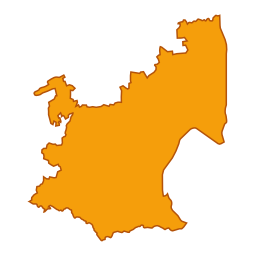 SVG path tracing the border of Mpumalanga
{"feature_id": "ZAF-1209", "entity_name": "Mpumalanga", "entity_type": "Province", "adm_level": 1, "iso_a3": "ZAF", "parent_name": "South Africa", "parent_adm1": "", "projection": "natural_earth1", "projection_center": [29.909, -25.737], "detail": "fine", "context": "isolated", "style": "filled", "palette": "amber", "viewbox_px": 256, "rotation_deg": 0, "n_neighbors": 0, "source": "natural_earth", "source_scale": "10m", "svg_char_len": 5716}
<svg xmlns="http://www.w3.org/2000/svg" viewBox="0 0 256 256"><path d="M220.3,28.1L225.1,39.7L226.4,44.6L226.7,49.5L226.3,53.8L226.3,104.9L225.4,108.0L225.2,109.6L225.1,111.7L225.3,113.6L225.8,115.0L226.1,116.3L226.6,120.3L226.6,121.6L226.4,122.5L226.0,122.9L225.5,123.2L224.8,123.9L224.4,124.7L222.1,131.1L221.8,132.8L222.0,134.7L224.1,142.0L221.0,143.7L219.5,144.1L218.0,143.6L196.5,128.4L195.2,127.9L193.6,128.0L191.8,128.5L190.3,129.3L180.3,139.0L179.6,140.3L178.8,143.7L175.9,151.1L172.3,158.0L163.6,169.9L162.4,174.7L162.5,190.2L163.1,194.6L163.4,196.1L164.3,196.0L165.2,195.8L166.1,195.3L166.9,194.6L167.5,193.8L168.7,197.5L169.4,198.7L170.9,200.4L171.4,201.3L171.7,202.6L171.7,204.2L171.1,206.7L171.3,208.2L172.5,210.4L177.9,215.7L180.4,219.8L181.2,220.7L182.0,221.3L186.6,223.0L183.6,227.1L181.7,228.8L179.3,228.8L172.7,230.8L171.3,230.5L170.0,229.5L169.4,228.5L168.6,228.0L166.6,228.5L165.5,229.3L165.0,229.5L164.2,229.1L163.0,228.2L161.0,227.2L160.7,227.1L159.9,226.6L159.4,226.3L157.5,225.7L156.0,225.8L154.4,226.3L153.3,226.9L152.5,227.8L151.4,228.0L147.6,227.4L144.5,227.8L143.7,227.4L143.4,226.8L143.4,225.7L143.2,225.5L142.9,225.3L142.0,225.1L141.6,225.1L141.2,225.2L140.1,226.3L139.8,226.5L138.6,226.4L138.2,226.5L136.7,227.2L135.9,227.4L135.0,228.0L133.3,229.4L130.1,230.9L129.7,231.3L129.3,232.2L128.1,232.3L124.1,231.1L123.3,231.6L122.3,232.4L121.7,232.5L118.9,231.8L118.1,231.4L117.4,231.4L115.2,232.0L114.0,232.3L113.2,232.9L112.7,233.9L112.4,234.9L111.9,236.1L111.4,236.9L111.0,237.4L110.5,237.6L109.1,237.0L107.9,236.6L107.1,236.6L106.1,236.9L105.5,237.2L105.2,237.7L105.1,238.0L105.1,239.3L104.9,239.5L104.7,239.6L103.7,239.6L103.2,239.8L102.7,240.3L102.2,240.6L101.5,240.6L100.9,240.1L97.0,234.9L96.8,234.3L96.8,233.9L97.1,233.3L97.0,233.0L95.7,232.0L94.0,230.0L94.0,229.7L94.0,228.9L93.9,228.6L93.6,228.3L93.1,227.6L92.6,225.5L91.8,224.3L89.6,222.9L88.8,222.8L87.2,223.5L86.5,223.4L86.2,223.2L86.0,222.8L86.0,222.4L86.2,221.6L86.1,221.4L85.4,221.0L84.3,220.8L83.4,219.9L81.8,219.2L80.7,218.3L80.1,217.5L79.6,217.3L77.9,217.0L76.7,217.0L76.0,217.2L75.1,218.0L74.8,218.0L74.4,217.8L73.8,216.9L73.3,215.9L72.6,213.9L71.7,212.8L71.6,212.4L71.7,211.7L71.5,211.0L71.5,210.1L71.3,209.9L70.8,209.9L70.3,209.7L68.0,208.0L67.0,207.9L66.3,207.9L65.8,208.2L65.3,208.8L64.4,209.0L63.9,209.3L62.9,210.7L62.4,211.0L61.9,211.0L61.3,210.3L60.8,210.1L59.7,210.6L59.2,210.7L58.6,210.4L58.0,209.8L57.2,209.6L56.6,209.3L52.5,206.4L50.2,205.4L48.7,206.3L48.5,206.9L49.0,206.8L49.4,207.1L50.3,208.0L50.5,208.6L49.6,208.8L48.5,208.8L47.8,208.9L47.1,209.3L44.7,211.7L44.0,211.9L44.4,210.4L44.8,209.6L44.6,209.1L43.2,208.4L42.9,207.7L42.3,207.1L41.8,206.3L41.5,206.1L41.1,205.9L40.5,205.9L39.8,206.3L39.2,207.0L38.7,207.2L38.3,207.1L37.5,206.2L37.2,205.6L37.0,204.5L36.7,204.2L36.1,204.0L34.9,203.9L33.8,204.0L32.9,203.8L30.1,202.1L29.7,201.6L29.3,201.5L31.8,199.9L31.6,199.0L31.8,197.4L32.8,196.4L33.5,195.3L34.9,194.3L37.3,192.9L36.3,190.1L36.9,186.6L39.6,186.1L40.3,184.9L40.9,184.3L42.2,183.9L42.4,183.6L43.2,181.8L43.6,180.6L43.6,176.8L46.5,178.8L48.9,179.0L49.7,176.9L54.1,177.8L56.1,177.5L57.7,171.8L61.2,170.1L60.2,166.7L58.8,166.0L58.2,164.3L53.6,166.2L51.0,164.7L48.8,163.2L48.4,160.5L43.7,158.7L44.0,156.1L43.5,153.9L41.8,152.8L42.0,149.8L43.8,148.4L46.3,148.4L47.1,144.9L49.1,143.0L53.0,144.3L55.4,144.1L56.7,145.5L61.5,145.0L62.4,143.0L62.1,138.1L63.9,136.7L65.2,136.4L66.0,134.7L65.2,133.4L65.3,132.0L66.1,129.8L66.6,127.3L66.3,125.7L67.1,124.0L70.0,121.0L71.1,116.8L72.5,114.9L72.8,113.6L73.0,113.1L72.4,113.0L71.4,113.6L69.9,113.8L68.3,115.3L68.5,117.3L65.5,119.0L64.1,116.2L62.9,115.5L61.6,116.5L61.4,115.0L60.6,112.9L57.9,115.6L58.7,118.0L59.8,117.8L60.9,121.3L60.7,122.3L59.2,121.4L58.4,122.3L59.4,123.9L59.3,125.3L55.8,126.0L56.1,122.3L54.0,121.1L52.9,124.6L50.9,123.4L48.6,114.7L48.6,111.2L48.4,108.1L49.5,106.1L48.7,102.3L54.3,99.0L55.6,95.8L56.8,95.7L55.1,88.5L52.8,88.8L47.4,91.2L42.7,92.9L41.2,93.9L40.1,94.6L38.3,95.1L36.1,95.4L34.9,95.0L34.3,93.9L34.1,93.2L34.4,92.5L35.1,91.8L37.0,91.0L39.0,89.8L39.6,88.6L40.6,88.0L41.9,87.5L43.3,87.2L45.5,86.4L48.6,84.5L47.5,82.2L47.7,81.3L51.1,79.1L54.0,77.6L55.3,77.2L56.5,77.1L59.4,77.4L63.8,75.1L64.9,77.2L62.8,78.4L63.6,81.4L65.0,81.4L66.6,85.8L69.5,84.8L72.2,85.7L75.0,88.3L72.8,90.6L70.5,90.2L70.5,94.9L70.3,98.3L73.1,99.5L73.5,101.4L77.0,100.5L77.4,102.2L75.9,106.3L78.5,104.9L79.5,107.1L81.4,106.4L82.4,105.0L86.4,105.1L87.0,106.8L89.6,107.3L92.6,106.7L96.2,107.3L101.1,106.5L103.8,104.7L109.0,106.3L110.1,104.4L113.7,104.9L115.1,103.0L118.1,102.2L121.4,102.3L121.3,96.9L121.6,90.7L120.0,87.2L123.0,85.8L125.7,87.9L127.7,89.0L128.9,88.2L129.0,83.4L131.0,82.6L130.5,80.6L130.5,75.6L130.9,72.0L139.7,73.4L140.6,72.1L143.5,71.7L147.2,77.9L148.9,75.6L154.0,72.3L156.0,69.7L156.1,67.0L154.7,65.3L154.9,64.6L157.2,64.3L159.3,62.4L158.3,59.2L156.8,56.9L158.6,55.2L160.1,54.7L159.7,50.3L160.0,47.7L160.3,46.7L161.7,47.2L167.5,51.7L172.4,51.2L172.8,54.6L176.9,53.7L185.8,53.0L187.9,50.0L185.6,45.2L183.0,45.5L182.8,41.7L187.1,40.9L184.5,37.5L181.5,38.0L177.3,38.1L176.9,29.8L179.3,27.5L180.2,25.7L180.1,23.9L178.1,23.7L178.4,22.9L181.0,22.0L182.8,21.7L183.5,20.0L185.0,20.0L186.5,22.0L187.4,24.1L188.8,22.6L189.6,22.4L191.6,22.8L192.3,22.6L193.1,21.7L193.8,21.2L194.2,21.1L195.5,21.4L195.8,21.3L196.5,20.7L197.9,19.2L198.2,19.1L200.9,19.9L202.0,20.6L202.7,20.6L203.9,19.9L204.2,19.8L204.5,19.9L205.1,20.7L205.5,20.9L206.1,20.7L206.8,19.4L207.4,18.9L207.8,18.6L208.5,18.5L209.0,18.9L209.2,19.2L209.3,19.9L209.6,20.3L209.9,20.7L211.0,20.9L212.0,20.9L212.5,20.6L212.7,20.3L213.1,18.2L213.2,17.8L215.6,15.5L215.9,15.4L216.2,15.4L217.1,15.8L217.7,15.9L219.0,15.7L219.7,15.4L220.0,25.4L220.3,28.1Z" fill="#f59e0b" stroke="#b45309" stroke-width="1.5"/></svg>